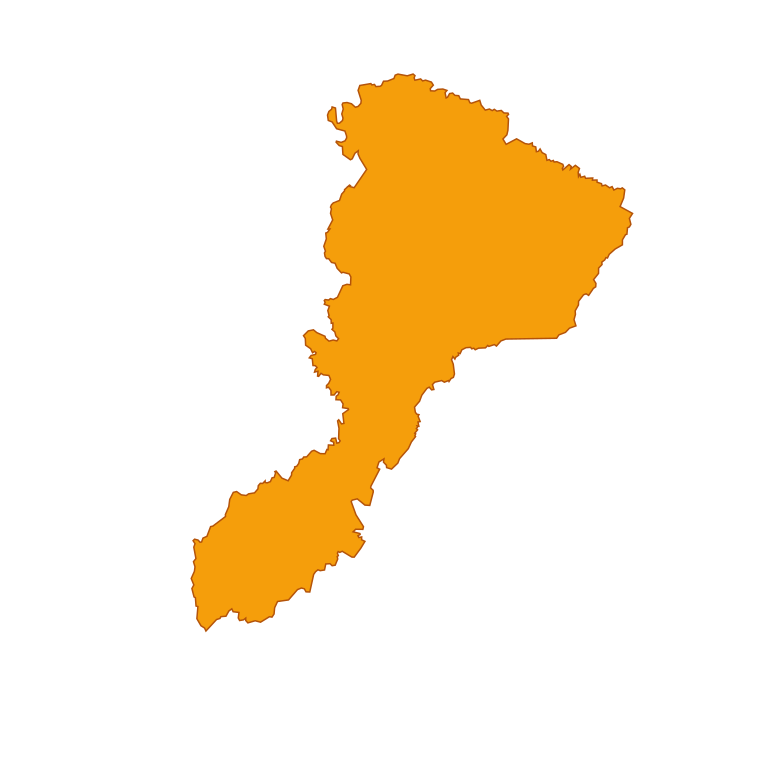 outline of Huejuquilla el Alto, Jalisco, Mexico, rotated 24°
{"feature_id": "50627088B54034913428250", "entity_name": "Huejuquilla el Alto", "entity_type": "district", "adm_level": 2, "iso_a3": "MEX", "parent_name": "Mexico", "parent_adm1": "Jalisco", "projection": "equal_earth", "projection_center": [-103.916, 22.528], "detail": "fine", "context": "isolated", "style": "filled", "palette": "amber", "viewbox_px": 768, "rotation_deg": 24, "n_neighbors": 0, "source": "geoboundaries", "source_scale": "gbopen_adm2", "svg_char_len": 6116}
<svg xmlns="http://www.w3.org/2000/svg" viewBox="0 0 768 768"><g transform="rotate(24 384 384)"><path d="M368.1,651.8L374.0,643.2L376.5,642.5L377.1,638.8L375.1,632.9L375.2,626.0L384.6,620.1L388.6,607.0L391.5,604.0L394.5,603.5L397.3,605.6L400.8,604.2L397.2,586.6L397.8,583.4L399.2,580.6L401.6,580.5L405.3,578.1L404.0,572.1L407.8,570.1L410.5,571.1L413.1,569.4L412.9,562.7L411.4,560.6L412.1,559.4L410.2,557.5L410.3,555.7L412.1,555.8L413.9,553.8L425.0,555.2L427.2,554.3L429.6,543.4L430.6,535.5L426.9,535.4L425.8,532.8L423.5,534.5L421.9,533.2L423.4,531.2L422.8,530.4L415.9,531.6L417.2,528.2L423.8,525.4L423.3,522.7L411.6,514.9L401.8,504.7L402.2,503.0L406.3,499.8L415.8,502.4L420.4,500.7L418.1,487.0L417.3,485.5L414.1,484.4L413.6,482.7L414.7,463.6L411.7,463.4L411.1,457.3L414.4,452.4L415.3,455.6L419.2,457.2L420.4,459.3L425.5,458.7L428.8,450.7L428.6,445.8L432.5,433.2L432.6,425.8L434.2,419.2L433.3,418.8L433.2,416.6L432.1,416.5L433.3,412.2L431.7,411.6L432.2,409.5L431.3,408.8L433.0,408.4L430.5,404.9L432.3,403.6L428.2,399.5L428.4,397.8L426.1,398.2L424.1,397.0L421.3,392.7L423.5,385.3L423.1,378.8L425.0,370.5L426.6,368.5L429.9,370.0L431.8,368.7L428.5,364.8L429.6,361.7L435.3,357.4L438.4,357.8L441.6,354.6L442.4,355.3L443.0,351.8L444.7,349.7L444.3,346.2L439.2,337.7L435.8,334.3L435.8,330.9L438.6,332.4L438.6,330.4L440.5,327.3L439.3,325.5L441.2,325.3L441.2,321.1L444.1,317.5L448.2,315.3L449.8,316.2L451.5,314.8L453.4,315.6L455.8,312.8L462.0,309.7L463.1,306.6L464.5,307.0L468.8,303.1L471.3,303.6L473.3,297.1L477.0,293.4L523.1,272.0L523.8,268.0L528.8,263.0L530.7,257.6L535.7,252.8L531.4,247.9L530.6,242.6L528.9,239.4L529.5,232.7L528.1,229.3L530.0,221.3L532.0,219.4L534.9,219.8L536.4,211.5L537.9,209.1L536.7,205.9L533.0,203.4L535.0,195.7L532.9,190.8L534.6,186.2L533.4,184.1L535.2,180.8L535.3,178.3L536.9,178.0L537.0,173.9L540.3,166.6L545.2,159.9L543.2,155.3L543.9,149.3L545.0,148.4L542.9,142.2L544.3,140.7L544.6,137.7L540.8,132.9L541.7,127.1L527.5,125.9L527.3,116.7L525.0,108.7L521.9,107.9L520.8,109.4L517.6,110.3L515.1,113.3L512.1,110.9L510.2,113.0L505.5,112.1L502.6,114.3L501.2,112.5L496.6,113.0L495.6,111.0L491.5,113.0L490.9,110.9L484.5,114.1L482.8,112.6L479.8,115.1L477.6,112.7L477.3,115.3L475.3,111.7L474.9,107.6L469.9,106.4L467.0,111.8L466.6,109.1L463.8,108.3L460.3,115.7L459.2,114.5L459.5,112.1L458.0,110.6L451.6,110.6L449.1,112.0L447.8,110.9L445.9,112.6L443.7,111.8L441.9,113.4L438.5,108.6L434.3,108.3L431.0,105.8L430.4,108.6L428.7,109.8L426.2,105.7L422.8,106.1L421.4,103.4L418.9,106.0L415.1,107.0L405.4,106.1L398.1,115.4L393.0,111.8L394.9,106.4L394.0,101.8L389.9,91.2L387.2,89.7L388.1,87.0L387.1,86.1L383.3,87.6L379.9,86.4L376.1,88.8L373.0,88.2L371.7,90.2L368.5,89.9L365.1,92.6L359.3,89.6L356.1,85.9L349.8,91.9L348.0,92.1L345.5,89.8L337.8,92.5L335.0,90.2L331.3,91.5L328.4,90.3L325.8,92.0L325.4,96.2L324.4,97.4L321.3,93.0L322.1,90.2L317.8,90.6L313.2,93.0L311.2,95.7L307.3,97.2L306.1,95.4L307.5,90.9L304.5,88.9L298.4,89.5L296.0,91.4L293.4,90.4L288.7,93.9L287.0,92.1L286.9,89.7L284.5,89.0L279.9,93.0L270.7,95.2L268.6,97.3L268.8,100.9L264.0,105.8L260.4,107.6L260.3,112.2L259.4,113.6L255.6,115.6L253.5,114.2L251.2,115.7L249.8,114.9L240.5,121.1L240.9,126.3L247.8,134.1L248.7,137.0L247.5,140.9L245.3,142.8L240.3,141.2L235.7,141.9L232.2,144.0L232.1,145.7L234.9,149.4L235.6,154.5L238.4,157.8L238.9,160.2L237.2,163.9L235.4,164.8L233.8,163.1L227.4,151.6L223.9,152.0L224.4,154.2L222.8,157.4L223.0,161.3L225.9,165.9L230.0,165.7L236.9,170.1L245.4,168.8L248.9,172.6L249.8,174.4L249.5,177.7L246.6,180.7L241.8,181.5L241.9,182.6L246.1,184.4L249.4,184.0L253.1,191.0L262.1,192.8L263.4,191.2L263.6,185.0L265.6,181.4L266.7,184.4L270.3,187.7L280.9,195.0L276.9,216.8L271.2,217.7L272.3,216.4L271.6,216.3L268.9,222.5L269.4,223.7L268.1,227.7L268.7,234.4L264.0,239.2L263.1,241.7L263.2,244.2L264.7,245.3L265.7,249.8L270.4,255.0L269.7,265.3L271.5,264.4L270.7,268.4L269.4,269.8L272.3,274.9L273.0,282.7L276.5,286.5L276.3,288.5L278.3,291.5L280.5,292.9L282.5,292.0L286.6,294.3L290.2,293.6L294.2,297.4L300.0,299.8L301.1,298.6L307.5,297.6L310.2,299.7L313.1,307.0L309.6,308.0L306.4,311.0L306.2,323.7L303.3,327.4L300.3,327.8L299.3,329.8L295.9,330.8L295.5,332.1L297.0,333.4L297.0,335.4L302.5,335.1L302.8,339.8L306.0,343.9L305.7,345.3L309.5,346.7L311.1,350.0L312.5,349.1L314.6,353.8L314.2,355.2L317.9,356.4L320.5,359.7L324.1,361.1L323.4,363.8L319.7,364.5L316.3,367.2L311.9,366.0L310.7,364.4L301.7,364.4L297.5,363.2L293.2,366.3L290.8,372.6L293.6,374.4L296.6,380.4L302.6,381.6L306.0,384.5L307.3,382.5L309.2,383.0L309.4,384.8L305.8,387.6L305.1,390.5L308.2,390.1L311.6,396.0L313.8,395.2L316.1,396.1L315.3,398.6L315.7,401.4L318.5,399.2L320.1,403.8L321.2,403.6L322.1,399.9L324.9,400.3L330.2,398.6L333.3,401.5L333.2,405.9L332.1,408.8L333.0,410.9L334.6,409.5L338.1,411.4L340.1,415.6L342.9,414.3L344.0,410.2L346.4,409.8L346.4,412.7L345.3,414.6L346.5,417.9L350.8,416.2L354.7,418.8L355.8,422.5L361.3,421.0L362.0,421.8L358.4,427.9L363.4,436.3L361.4,437.7L357.2,435.1L356.6,436.6L360.9,442.8L364.8,452.5L367.1,453.8L366.7,455.9L365.0,457.2L361.8,453.1L358.6,455.0L358.3,457.6L361.8,457.7L363.0,460.4L358.0,462.3L359.6,466.8L358.5,467.0L358.5,471.7L354.1,473.5L347.1,473.0L345.2,474.9L343.0,482.0L340.3,483.4L340.0,485.6L337.7,487.4L338.4,491.3L337.7,494.7L336.1,496.0L336.7,497.4L335.7,502.6L336.6,504.9L335.8,511.4L329.0,511.5L320.8,507.4L319.9,508.4L321.1,509.3L321.7,514.0L319.9,515.2L319.9,519.4L317.4,521.9L315.5,522.3L314.8,520.9L313.6,524.2L311.4,525.0L310.5,528.0L311.5,531.1L310.0,536.1L305.0,539.4L303.5,541.9L298.7,543.3L293.1,542.2L290.4,544.3L290.0,552.2L292.1,559.2L292.2,567.8L293.1,569.5L285.4,583.5L283.6,584.8L284.2,595.2L281.3,598.4L281.6,602.5L280.4,603.4L277.6,602.2L274.1,602.8L273.3,604.8L276.3,606.7L276.6,610.4L283.2,620.0L282.2,623.8L285.7,627.9L287.0,632.3L287.0,640.1L292.0,644.9L291.7,649.0L297.1,655.8L298.6,655.9L302.6,663.3L304.5,663.0L308.5,674.5L315.1,679.3L319.3,679.9L321.8,682.1L326.8,667.3L329.5,664.9L329.6,662.9L334.1,660.4L334.6,654.5L336.4,651.3L338.8,653.4L344.4,651.7L346.0,657.0L348.3,658.8L351.6,656.6L352.9,654.1L353.9,656.3L356.8,657.6L362.6,652.7L368.1,651.8Z" fill="#f59e0b" stroke="#b45309" stroke-width="1.5"/></g></svg>